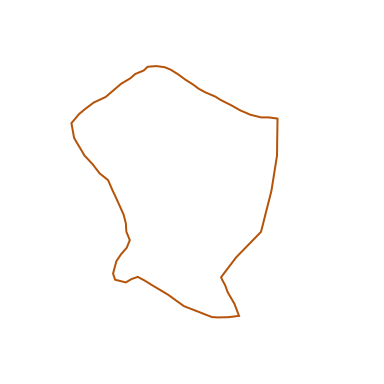 Ogori/Magongo, Kogi, Nigeria (orthographic projection), rotated 59°
{"feature_id": "59680162B76072611977433", "entity_name": "Ogori/Magongo", "entity_type": "district", "adm_level": 2, "iso_a3": "NGA", "parent_name": "Nigeria", "parent_adm1": "Kogi", "projection": "orthographic", "projection_center": [6.159, 7.479], "detail": "fine", "context": "isolated", "style": "outline", "palette": "amber", "viewbox_px": 384, "rotation_deg": 59, "n_neighbors": 0, "source": "geoboundaries", "source_scale": "gbopen_adm2", "svg_char_len": 1008}
<svg xmlns="http://www.w3.org/2000/svg" viewBox="0 0 384 384"><g transform="rotate(59 192 192)"><path d="M173.1,80.9L167.6,87.8L163.7,94.3L155.9,102.1L146.9,108.6L137.9,113.7L127.6,120.2L122.4,122.8L113.4,129.3L106.9,133.1L100.5,135.7L92.8,139.6L83.8,143.4L76.1,147.3L70.9,151.2L65.7,157.7L61.8,165.5L63.0,170.7L61.6,179.9L62.8,186.5L62.7,196.9L66.1,217.1L64.7,230.2L65.8,240.7L67.0,248.6L70.9,259.9L84.9,265.2L89.2,265.3L100.1,265.3L105.3,265.4L116.9,262.9L128.4,261.6L138.7,257.8L148.9,259.2L156.0,259.9L164.8,260.9L176.3,262.3L185.2,265.0L187.6,266.3L189.3,267.2L192.2,268.7L201.2,270.1L206.2,276.7L208.7,284.6L212.4,292.5L221.3,301.7L227.6,303.1L235.4,295.3L235.5,288.7L236.8,282.2L239.4,280.7L243.3,278.3L251.0,274.4L267.7,265.4L276.2,261.8L285.7,257.7L309.5,239.3L312.9,234.3L318.1,225.2L322.4,215.5L309.7,213.2L296.0,213.0L289.0,211.6L282.1,211.3L280.0,210.9L270.8,187.9L261.7,153.4L257.6,149.2L249.5,141.1L232.0,123.4L204.6,100.4L173.1,80.9Z" fill="none" stroke="#b45309" stroke-width="2"/></g></svg>